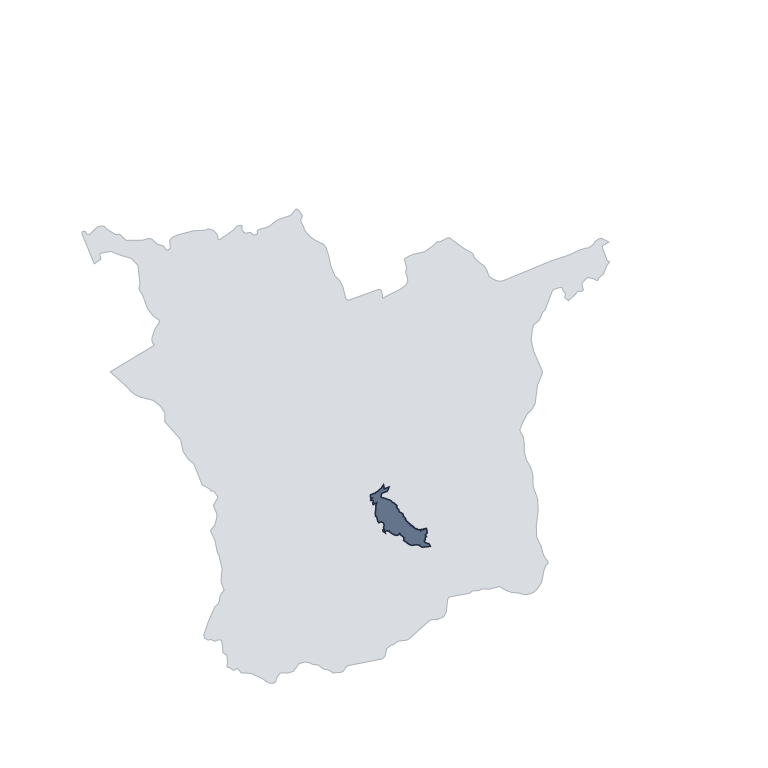 Yahuma, Orientale, Democratic Republic of the Congo shown in context, rotated 158°
{"feature_id": "63176286B43218121140485", "entity_name": "Yahuma", "entity_type": "district", "adm_level": 2, "iso_a3": "COD", "parent_name": "Democratic Republic of the Congo", "parent_adm1": "Orientale", "projection": "albers", "projection_center": [22.941, 0.801], "detail": "fine", "context": "in_parent", "style": "filled", "palette": "slate", "viewbox_px": 768, "rotation_deg": 158, "n_neighbors": 0, "source": "geoboundaries", "source_scale": "gbopen_adm2", "svg_char_len": 9161}
<svg xmlns="http://www.w3.org/2000/svg" viewBox="0 0 768 768"><g transform="rotate(158 384 384)"><path d="M633.3,497.8L582.2,506.0L583.2,508.8L582.8,511.8L581.5,514.1L576.3,520.3L568.6,526.0L568.6,527.3L572.5,533.6L575.0,542.2L574.5,557.3L575.5,561.4L575.4,564.6L572.8,568.2L567.7,586.3L571.2,595.0L581.4,603.2L587.4,609.2L597.4,611.3L599.0,611.0L599.6,605.9L607.6,604.0L607.8,636.1L607.2,637.9L605.8,638.3L603.8,637.3L603.2,634.2L601.1,632.9L591.3,636.9L588.8,636.8L586.1,636.2L584.1,634.6L583.5,632.1L576.6,622.8L573.2,622.2L569.3,613.8L553.9,607.7L548.0,607.2L544.9,605.3L541.9,598.7L536.7,594.4L535.6,589.7L534.5,589.0L531.4,590.0L528.8,597.5L525.3,599.3L519.0,599.5L503.2,597.4L491.9,593.5L488.9,593.8L484.4,590.3L482.6,584.5L483.6,580.0L482.7,579.4L465.6,583.2L461.4,585.5L457.5,584.9L456.3,583.7L458.0,580.6L457.2,577.2L455.9,575.7L450.8,574.5L449.2,570.9L446.1,570.4L445.1,570.9L444.3,573.3L442.5,574.2L432.2,573.0L421.5,576.1L407.2,575.3L400.4,579.1L399.4,579.0L398.0,577.0L396.6,570.9L397.4,569.3L399.5,568.0L400.2,565.6L399.5,559.2L400.1,557.7L399.3,554.0L397.2,548.2L394.2,543.4L387.8,536.2L386.6,532.8L387.1,524.8L389.2,512.0L388.9,502.5L386.3,496.4L385.7,489.7L387.4,477.7L385.8,474.9L353.4,473.8L352.0,472.9L351.4,471.2L352.9,464.1L333.2,465.9L327.3,467.2L323.6,470.1L322.4,473.8L322.3,479.0L319.3,483.9L318.4,492.3L312.9,493.2L307.5,493.2L296.9,491.4L286.7,493.7L281.6,496.0L279.0,494.9L269.8,495.7L268.6,495.1L258.2,478.4L253.5,472.9L252.6,470.2L253.0,467.6L251.7,464.1L246.9,455.6L246.0,451.6L246.3,445.4L245.7,443.3L241.3,437.9L238.4,436.1L235.2,435.1L182.4,435.5L165.0,434.3L152.2,435.0L145.8,434.4L144.0,433.6L138.2,434.7L135.1,437.0L130.5,438.1L127.7,437.6L122.3,431.3L129.8,430.3L130.3,429.7L130.9,414.9L129.0,412.7L133.0,410.3L139.5,403.7L145.8,401.5L146.6,400.1L148.0,400.2L150.2,403.0L155.6,406.6L162.3,403.5L163.1,402.6L164.0,396.3L165.7,395.7L168.5,397.1L170.1,397.1L173.1,395.3L181.7,392.2L184.1,396.3L181.8,400.0L182.8,402.6L183.0,406.7L184.4,407.6L191.2,408.1L193.1,407.1L206.7,392.6L210.2,390.9L215.9,385.1L223.4,382.5L226.6,377.9L231.0,369.7L233.0,357.9L232.4,337.4L233.1,334.6L242.1,325.4L251.5,308.7L257.7,304.3L262.4,302.5L269.7,296.4L275.5,290.3L274.7,282.8L276.1,276.6L279.3,268.8L280.4,260.5L279.3,251.7L279.8,244.6L284.1,233.1L284.6,220.0L288.4,209.0L296.1,195.1L299.7,184.7L299.1,174.4L300.1,166.8L299.8,162.4L298.3,158.5L299.1,156.1L302.0,155.1L305.6,151.2L312.1,141.1L319.1,136.2L323.9,134.7L328.9,134.9L332.2,135.8L337.6,139.8L343.7,142.9L348.2,146.9L352.7,153.0L363.6,154.4L368.2,156.6L371.0,157.5L372.1,156.9L374.3,157.2L379.4,159.0L383.5,158.0L403.6,162.1L405.9,160.1L411.5,149.5L415.7,145.9L422.5,145.6L427.9,147.6L430.8,147.6L455.4,138.5L458.6,138.0L467.5,140.2L473.4,138.8L475.7,139.2L480.7,137.6L484.9,131.3L488.3,129.7L523.7,136.5L529.1,133.1L531.6,132.7L539.5,135.1L541.9,139.0L546.7,142.3L550.1,147.8L555.3,150.9L558.0,153.8L561.1,155.8L567.6,156.5L575.7,151.5L581.5,152.0L587.3,154.7L589.3,154.6L593.7,151.6L596.0,148.5L598.2,147.8L601.6,149.1L604.5,152.0L607.0,156.2L615.9,165.6L624.5,169.6L626.6,175.4L629.7,174.8L631.3,175.4L633.5,179.0L635.1,179.7L635.4,181.2L633.3,184.7L631.3,191.3L634.0,195.4L631.8,201.3L630.7,207.4L633.5,208.9L637.1,208.8L640.4,212.0L643.0,212.4L645.7,215.8L645.2,218.6L636.7,228.6L624.1,240.9L619.8,242.4L617.6,244.7L616.1,248.2L612.4,251.2L609.5,252.5L609.3,261.3L605.1,270.4L603.5,272.3L601.2,287.1L601.7,289.7L599.4,301.8L599.9,313.0L593.7,316.6L589.5,322.2L587.6,326.0L587.8,335.2L580.8,340.8L580.3,342.1L582.1,348.5L584.6,349.5L584.7,351.7L590.4,358.6L590.2,379.9L590.5,382.0L593.5,387.0L595.6,396.6L593.4,408.9L601.4,431.2L597.9,439.4L599.6,447.3L604.3,455.4L615.3,463.4L618.3,466.8L621.1,471.2L623.7,478.1L633.3,497.8Z" fill="#d9dde1" stroke="#a8b0b8" stroke-width="1"/><path d="M410.6,219.3L409.7,218.3L409.1,218.0L408.6,218.0L407.8,217.7L406.2,217.4L405.4,217.0L404.0,216.6L402.9,216.4L402.6,216.4L402.2,216.3L401.7,216.2L401.7,216.3L402.0,216.4L401.9,218.0L402.1,218.9L402.5,219.5L403.3,219.7L404.2,220.7L404.3,220.8L404.7,220.8L405.0,221.2L405.2,221.5L405.3,222.2L405.4,222.5L405.5,223.1L405.2,223.7L404.8,223.7L403.9,224.2L403.8,224.6L403.8,225.4L403.5,225.9L403.2,226.2L402.8,226.2L402.7,226.3L402.4,226.5L402.1,226.6L401.8,226.6L401.9,227.4L402.2,227.7L402.3,228.3L402.2,228.6L401.1,229.0L400.5,229.4L399.8,229.7L399.6,230.2L399.4,230.5L399.3,230.9L399.3,231.1L399.2,232.1L398.9,232.4L399.0,233.1L399.0,233.4L398.8,233.7L398.9,234.1L399.1,234.0L399.4,234.1L399.5,234.2L399.6,234.4L399.8,234.3L400.0,234.5L400.2,234.4L400.5,234.6L400.8,234.4L401.0,234.4L401.2,234.5L401.5,234.7L401.7,234.4L401.9,234.4L402.0,234.3L402.4,234.7L402.5,234.7L402.5,234.4L402.9,234.5L402.7,234.7L402.8,234.8L403.0,234.8L403.1,234.7L403.3,234.8L403.5,235.1L403.8,234.9L403.9,235.1L404.1,235.1L404.3,235.1L404.5,235.1L404.7,234.8L404.7,235.1L404.8,235.3L405.0,235.3L405.1,235.1L405.1,235.3L405.3,235.4L405.4,235.5L405.5,235.6L405.8,235.5L406.0,235.6L406.1,235.8L406.3,235.8L406.4,236.0L406.6,236.0L406.8,236.1L407.0,236.2L407.1,236.3L407.3,236.4L407.4,236.9L407.7,237.0L407.8,237.3L408.0,237.2L408.3,237.3L408.4,237.5L408.6,237.8L408.6,238.0L408.9,238.1L409.0,238.0L409.2,238.3L409.2,238.5L409.5,238.7L409.5,238.9L409.7,239.0L409.7,239.3L409.9,239.4L409.9,239.5L409.8,239.8L409.9,240.1L410.0,240.1L410.3,240.2L410.3,240.4L410.4,240.5L410.6,240.7L410.7,240.8L410.5,241.2L410.8,241.4L410.8,241.5L410.6,241.5L410.8,241.8L410.8,242.0L411.2,242.1L411.5,242.3L411.6,242.5L411.7,243.0L411.9,243.0L411.7,243.2L411.8,243.4L412.1,243.4L412.3,243.6L412.2,244.0L412.3,244.2L412.3,244.4L412.5,244.7L412.5,245.0L412.8,245.4L413.0,245.5L413.3,245.7L413.2,245.8L413.4,246.0L413.5,246.3L413.4,246.9L413.5,247.1L413.7,247.4L413.8,247.4L414.0,247.9L414.4,248.3L414.6,248.8L414.6,249.2L414.5,249.3L414.5,249.6L414.5,249.9L414.5,250.1L414.6,250.3L414.8,250.4L414.8,250.5L414.5,250.8L414.5,251.3L414.6,251.5L414.8,251.9L414.7,252.2L415.0,252.6L415.0,252.8L415.2,253.3L415.4,253.7L415.4,253.9L415.5,254.2L415.3,254.6L415.3,254.8L415.4,255.1L415.3,255.3L415.3,255.5L415.1,255.9L415.2,256.0L415.3,256.3L415.2,256.4L415.6,257.1L415.8,257.4L416.0,257.9L416.3,258.3L416.5,258.4L416.9,258.9L417.1,259.0L417.3,259.3L417.5,259.3L417.6,259.5L417.7,259.8L417.9,259.9L417.7,260.4L417.6,260.8L417.4,261.8L417.5,262.2L417.8,262.8L418.1,263.1L418.1,263.4L418.2,263.9L418.1,264.2L418.5,265.0L418.6,265.4L418.5,265.7L418.2,265.8L417.5,266.1L417.5,266.3L417.8,267.1L418.2,267.8L418.6,268.3L418.8,268.6L419.0,269.6L419.3,269.9L419.8,270.5L420.2,270.7L420.4,271.0L420.7,271.4L420.8,272.4L421.2,273.1L421.8,273.8L421.9,274.1L423.2,275.2L423.6,275.3L423.7,275.5L425.5,277.4L425.7,277.5L425.9,277.5L426.0,277.6L426.4,277.9L426.6,278.0L427.1,278.5L427.4,278.8L427.8,278.9L428.2,279.4L428.9,280.0L429.1,280.7L428.4,281.5L428.1,282.0L427.4,283.0L427.0,283.4L426.9,283.6L424.6,283.4L423.2,283.5L421.7,283.1L420.5,284.0L420.1,284.2L419.7,284.5L419.3,284.9L419.2,285.1L418.8,285.6L418.5,285.8L417.8,286.6L421.9,286.7L423.1,286.8L422.8,287.5L422.9,287.8L422.6,288.3L422.3,289.9L422.1,290.3L422.1,290.5L422.1,290.9L422.3,290.8L422.8,290.2L423.7,289.9L424.2,289.4L424.7,289.2L425.3,288.6L426.1,288.1L427.3,287.9L427.9,287.6L428.4,287.6L428.7,287.4L429.1,287.1L429.6,287.1L430.3,286.8L432.6,286.5L433.2,286.1L434.1,286.2L434.6,286.3L437.2,286.3L438.2,286.2L438.8,284.5L439.1,283.1L439.1,282.8L439.1,282.6L437.9,282.7L437.5,282.6L438.0,282.2L439.7,281.4L440.0,281.3L440.1,281.0L439.7,280.8L439.3,280.8L439.1,280.7L438.8,280.7L438.0,279.9L437.8,279.4L437.9,278.8L438.2,278.5L439.0,278.1L439.3,276.7L439.3,276.4L439.2,276.1L438.0,276.3L437.5,276.5L436.5,276.6L435.8,276.6L435.2,276.7L435.5,276.2L436.1,275.5L436.3,275.4L436.5,275.1L436.8,274.8L437.0,274.5L437.2,274.4L437.3,274.1L437.4,273.3L437.6,273.0L439.1,270.0L439.6,269.2L439.9,268.5L440.4,267.9L440.6,266.9L440.8,266.6L441.0,266.1L440.9,265.5L441.4,264.9L441.4,264.6L441.2,264.3L440.6,263.8L440.5,263.3L440.8,262.3L440.9,261.7L440.9,260.9L441.2,259.0L441.1,258.3L440.8,258.0L440.8,257.8L440.7,257.4L440.7,257.2L440.0,257.4L439.5,257.3L438.8,257.3L438.0,257.2L437.9,256.8L437.3,256.2L437.0,256.0L436.8,255.7L436.6,255.3L436.6,254.1L436.8,253.1L437.0,252.5L437.5,252.0L438.1,251.2L438.3,250.5L438.3,248.7L438.4,248.4L438.6,248.9L439.5,249.3L439.6,249.1L439.8,248.8L440.1,248.2L440.1,247.9L440.1,247.7L439.7,247.3L439.5,246.8L438.7,245.6L438.7,246.0L438.2,246.5L437.8,246.9L436.7,246.9L436.4,246.9L435.7,246.3L435.5,246.0L435.3,245.8L434.9,245.8L434.1,245.9L434.0,245.6L434.1,244.5L434.0,244.3L433.7,243.8L432.6,242.2L431.6,240.9L430.4,239.7L429.1,238.9L428.3,238.7L427.2,238.7L426.4,239.1L425.9,239.5L425.5,239.7L425.3,239.6L425.1,239.3L425.5,238.6L425.3,238.1L422.9,234.1L423.5,233.5L424.0,231.9L424.1,231.7L424.4,231.5L424.0,231.1L423.9,230.9L423.8,230.6L423.5,230.0L423.0,229.7L422.9,229.4L422.5,229.1L422.3,228.6L422.4,228.3L422.3,228.1L422.0,227.9L421.8,227.6L421.8,227.4L421.2,226.7L420.9,225.9L420.0,225.0L419.5,224.8L419.1,224.2L418.3,223.8L416.5,223.4L416.2,223.4L415.2,223.0L414.8,223.1L414.6,223.1L414.4,222.9L414.1,222.9L412.8,221.9L412.6,221.9L412.0,221.8L411.8,221.6L411.5,221.2L411.5,220.6L410.9,220.1L410.6,219.3Z" fill="#64748b" stroke="#1e293b" stroke-width="1.5"/></g></svg>